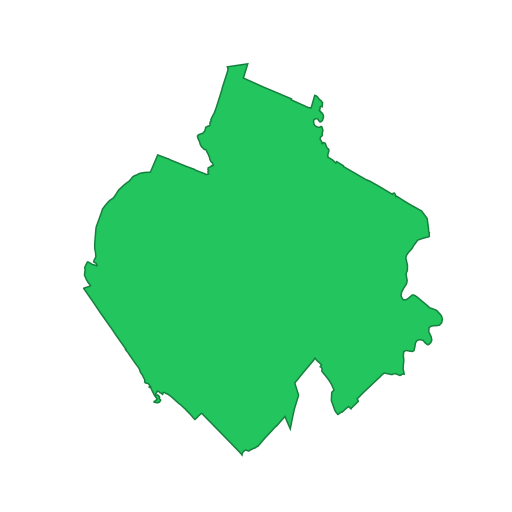 Vanatorii Mici, Giurgiu, Romania, rotated 77°
{"feature_id": "2599482B21874534700145", "entity_name": "Vanatorii Mici", "entity_type": "district", "adm_level": 2, "iso_a3": "ROU", "parent_name": "Romania", "parent_adm1": "Giurgiu", "projection": "natural_earth1", "projection_center": [25.553, 44.495], "detail": "fine", "context": "isolated", "style": "filled", "palette": "green", "viewbox_px": 512, "rotation_deg": 77, "n_neighbors": 0, "source": "geoboundaries", "source_scale": "gbopen_adm2", "svg_char_len": 6136}
<svg xmlns="http://www.w3.org/2000/svg" viewBox="0 0 512 512"><g transform="rotate(77 256 256)"><path d="M263.8,425.2L276.9,420.2L294.4,413.0L302.8,409.8L317.2,403.9L317.4,403.8L317.6,404.2L319.2,403.6L321.2,402.5L324.3,401.4L333.3,397.8L338.2,395.6L340.2,395.0L341.6,395.0L343.0,394.8L345.0,394.2L346.9,393.3L349.0,393.0L351.3,392.3L351.8,392.2L353.4,392.8L354.0,392.7L354.9,392.2L355.2,391.8L355.4,390.7L356.0,389.9L356.9,389.3L359.2,388.2L359.6,389.6L359.9,389.5L359.8,389.3L360.4,388.5L360.4,388.1L361.9,388.0L368.5,386.4L371.2,385.4L372.7,384.5L373.1,384.6L373.6,385.2L374.6,386.9L374.8,387.4L374.8,388.1L375.3,388.2L375.7,387.8L376.8,385.4L376.9,384.1L376.7,383.2L375.7,381.8L375.2,381.4L374.8,381.3L373.9,382.0L373.3,382.3L372.8,382.3L372.0,381.7L371.0,381.8L370.6,382.3L370.0,382.5L369.1,383.3L369.2,384.8L368.9,385.0L368.0,384.8L367.5,384.5L366.8,383.5L365.8,383.0L365.6,382.6L365.7,382.2L366.1,381.4L366.6,380.9L367.6,380.4L368.2,379.6L368.5,378.9L369.9,378.3L369.9,378.1L368.4,377.1L368.2,376.6L368.3,376.0L368.7,375.5L369.8,374.6L370.1,374.1L370.3,373.4L371.0,372.9L373.6,370.5L383.0,363.9L383.4,363.3L388.5,359.9L389.0,359.3L389.9,359.1L394.7,356.1L398.5,354.0L400.2,353.2L401.6,352.3L400.4,350.1L398.9,348.0L397.6,345.6L397.2,344.8L397.1,344.4L397.2,344.2L439.1,318.7L445.0,315.2L446.8,314.4L445.5,313.8L444.1,312.8L442.8,310.4L442.7,309.7L444.0,307.7L444.4,307.0L444.4,306.6L444.3,306.2L443.6,305.2L443.5,303.7L443.1,302.5L442.7,299.5L442.6,299.2L441.9,298.5L441.9,298.1L442.0,297.2L435.0,287.7L429.5,279.4L428.7,278.4L427.5,276.5L426.8,275.6L426.7,274.9L426.1,274.4L426.1,273.9L421.5,267.6L418.9,263.8L423.1,263.2L432.2,261.5L422.1,257.0L413.7,253.0L401.2,245.8L389.9,246.7L388.2,246.6L386.4,244.1L380.0,235.9L370.3,223.0L368.8,221.7L369.5,221.0L370.4,220.8L372.0,219.9L373.3,219.0L373.5,218.7L376.9,216.7L377.3,217.0L378.3,218.3L378.5,218.0L379.8,217.2L380.7,216.9L382.3,217.6L382.9,217.7L383.5,217.6L391.0,213.9L393.9,212.7L398.1,211.3L403.3,210.3L404.2,210.3L405.8,212.7L406.3,213.0L413.7,215.1L424.2,213.9L425.7,213.4L428.7,212.0L428.9,211.8L428.9,211.6L427.3,208.3L427.3,208.0L427.6,207.4L424.9,202.5L423.5,199.8L426.3,197.8L426.1,197.6L425.8,197.5L425.5,197.0L420.7,189.1L420.1,189.0L417.8,189.5L416.8,187.7L413.3,182.2L406.0,169.8L401.5,162.0L400.9,161.3L398.9,157.6L399.0,157.0L399.7,155.7L400.5,153.8L401.4,152.1L402.2,150.0L402.0,149.7L401.8,148.3L402.0,146.6L404.7,142.8L404.8,142.3L404.8,141.9L404.5,141.2L403.9,140.0L404.5,138.2L398.6,138.0L390.8,135.4L386.0,134.8L382.4,133.5L381.8,130.9L383.3,127.6L384.2,125.1L383.7,123.3L379.5,121.3L377.2,120.5L374.9,118.7L374.2,116.1L375.0,113.7L376.0,112.0L378.3,111.0L381.1,108.8L380.8,106.8L379.6,105.1L377.5,103.6L374.0,103.5L368.6,104.7L364.8,103.5L363.8,101.5L363.9,98.8L364.5,95.6L364.6,92.7L362.8,90.1L359.9,88.7L357.0,88.6L355.0,89.2L349.7,92.2L347.5,95.2L345.6,98.4L343.8,99.5L332.4,108.1L329.9,110.4L329.1,112.4L331.7,117.6L332.4,119.8L331.9,122.2L329.5,123.3L327.1,123.6L323.8,122.1L320.9,119.6L318.1,116.7L316.5,115.3L313.8,114.2L308.9,114.0L306.6,113.6L304.3,111.8L299.2,110.5L291.1,110.4L289.0,109.0L286.7,106.5L285.2,104.2L283.8,102.3L281.3,100.0L276.9,94.8L276.3,89.3L276.2,83.7L275.9,82.7L274.1,82.5L272.3,81.8L270.8,82.3L268.1,81.7L257.9,80.8L249.4,84.5L243.1,91.4L243.2,91.5L235.5,99.5L229.3,105.6L229.6,105.9L229.5,106.5L227.4,106.5L226.5,106.7L225.8,107.1L225.7,107.7L225.8,108.4L226.6,109.2L215.2,121.1L208.4,128.5L208.4,128.8L207.1,130.3L207.3,130.6L188.6,150.6L188.1,150.4L187.7,150.6L182.2,156.1L183.4,157.3L179.6,159.8L175.9,163.7L174.9,163.4L173.8,163.5L172.9,162.9L169.9,161.3L168.7,161.1L167.9,161.3L167.4,162.2L164.5,162.9L162.1,163.1L161.5,163.4L160.7,164.7L160.8,165.0L161.3,165.7L161.5,166.2L161.3,166.4L159.6,166.2L158.6,166.5L157.1,167.2L156.3,167.2L155.0,166.6L154.5,166.1L153.8,164.6L153.0,164.1L150.8,163.7L150.1,163.2L148.8,162.6L147.6,162.5L145.9,162.8L145.4,162.7L144.7,163.0L144.4,163.5L144.5,164.2L144.9,164.9L144.8,166.0L144.1,167.2L143.4,168.1L142.4,169.1L141.5,169.6L140.3,169.8L139.1,169.8L137.0,169.4L136.3,168.9L135.9,168.1L135.7,166.1L136.2,165.3L137.0,164.8L138.1,164.5L139.9,163.4L139.6,162.3L139.0,160.9L138.7,160.6L137.7,160.1L135.9,159.0L134.2,158.7L131.7,159.3L130.8,160.4L129.6,160.4L129.2,160.7L129.2,161.2L128.9,161.6L128.3,161.6L127.7,161.3L126.9,160.4L126.4,160.4L125.5,160.1L125.0,159.6L124.9,159.1L125.0,158.7L125.5,158.0L121.4,156.6L120.8,157.1L119.1,157.7L117.9,159.0L116.3,159.6L114.4,160.6L113.6,161.2L113.5,161.6L112.8,162.2L112.6,162.6L124.0,168.9L124.2,169.3L123.5,170.5L123.3,171.0L123.4,171.3L111.8,186.5L110.9,186.1L92.8,211.1L79.8,228.2L79.7,228.3L77.3,226.8L66.9,220.8L65.2,241.4L67.2,241.2L68.9,241.7L85.0,251.3L85.4,251.3L101.9,261.0L106.2,263.8L106.3,263.7L111.5,268.2L113.2,269.4L114.9,269.6L115.2,270.6L116.4,271.1L117.3,271.0L118.4,271.7L118.9,272.2L118.5,273.2L119.3,276.1L121.0,276.8L122.8,277.9L124.6,280.7L124.5,281.3L124.7,283.4L125.1,285.0L126.0,286.1L128.0,286.1L132.2,285.3L134.8,285.2L137.3,284.5L138.6,283.6L140.6,282.4L140.8,281.5L141.3,280.8L143.2,280.5L146.6,279.5L147.6,279.5L149.3,279.1L151.2,279.2L152.6,279.0L154.1,278.6L155.2,277.7L157.7,277.1L158.2,277.4L158.4,278.1L158.0,278.7L157.9,279.1L158.6,279.8L159.0,280.8L159.1,281.9L159.3,282.7L160.7,283.3L161.4,283.4L162.2,283.0L162.8,283.5L163.1,283.9L163.7,284.0L164.9,283.6L165.3,283.7L165.5,284.7L165.4,286.2L164.3,287.4L159.0,295.3L157.8,296.4L153.1,303.6L142.9,318.1L141.5,319.7L140.9,320.8L135.4,329.0L150.5,340.0L150.3,341.8L149.6,345.3L149.3,350.1L149.3,350.8L150.1,353.9L150.5,356.6L151.1,358.2L154.4,362.5L155.4,364.9L157.2,368.8L160.7,374.8L162.0,376.3L164.2,378.4L166.9,381.4L167.4,382.1L169.0,386.1L170.0,387.7L172.3,390.9L175.7,395.0L178.5,396.6L191.8,405.2L194.2,406.1L206.8,410.1L210.6,411.1L213.3,411.5L216.5,411.6L220.7,412.2L223.4,414.5L225.1,415.5L225.4,415.3L227.1,413.5L228.0,413.2L229.7,413.0L229.8,413.1L228.4,415.4L227.6,417.3L226.5,418.2L223.9,421.1L223.9,421.5L224.3,422.0L227.6,424.7L229.1,425.6L230.7,425.5L235.5,427.3L236.1,427.4L240.7,426.6L242.3,426.1L243.9,425.6L247.8,423.9L248.0,424.2L248.6,431.1L248.8,431.2L263.8,425.2Z" fill="#22c55e" stroke="#15803d" stroke-width="1.5"/></g></svg>